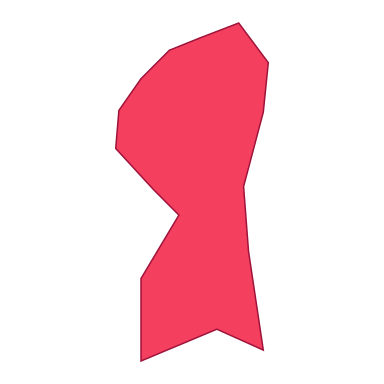 the district of Alithinou, Nicosia, Cyprus
{"feature_id": "46923920B55539182746131", "entity_name": "Alithinou", "entity_type": "district", "adm_level": 2, "iso_a3": "CYP", "parent_name": "Cyprus", "parent_adm1": "Nicosia", "projection": "mercator", "projection_center": [33.032, 34.956], "detail": "fine", "context": "isolated", "style": "filled", "palette": "rose", "viewbox_px": 384, "rotation_deg": 0, "n_neighbors": 0, "source": "geoboundaries", "source_scale": "gbopen_adm2", "svg_char_len": 330}
<svg xmlns="http://www.w3.org/2000/svg" viewBox="0 0 384 384"><path d="M238.7,23.0L201.0,37.5L169.4,50.2L141.0,78.7L118.9,110.4L115.7,148.5L153.6,189.7L178.9,215.1L141.0,278.5L141.0,361.0L216.8,329.2L263.3,350.1L248.5,251.0L243.6,186.5L263.3,112.2L268.3,62.7L238.7,23.0Z" fill="#f43f5e" stroke="#9f1239" stroke-width="1.5"/></svg>